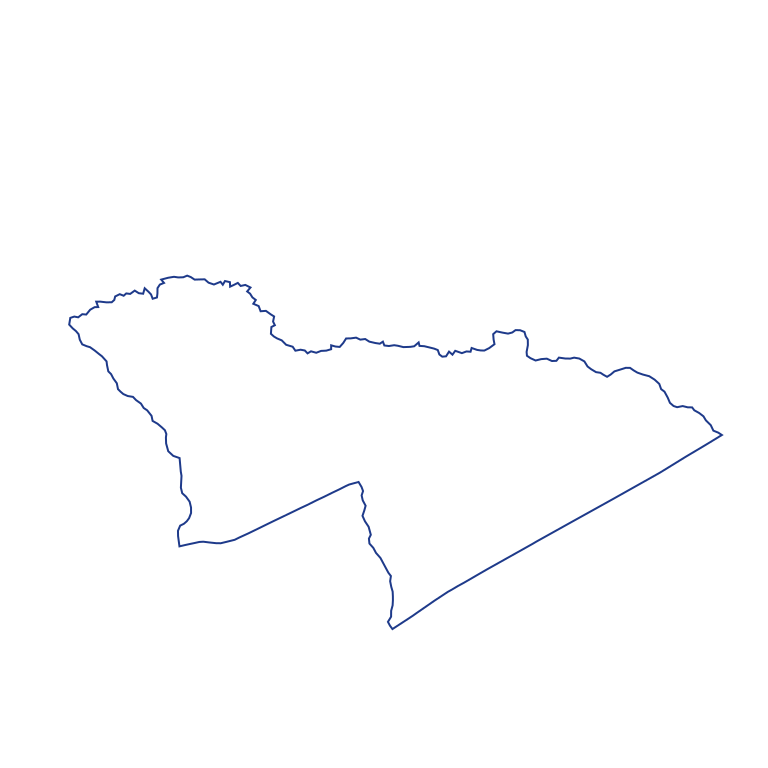 Glória D'Oeste, Mato Grosso, Brazil, rotated 148°
{"feature_id": "56859067B39077637769127", "entity_name": "Glória D'Oeste", "entity_type": "district", "adm_level": 2, "iso_a3": "BRA", "parent_name": "Brazil", "parent_adm1": "Mato Grosso", "projection": "orthographic", "projection_center": [-58.306, -15.871], "detail": "fine", "context": "isolated", "style": "outline", "palette": "blue", "viewbox_px": 768, "rotation_deg": 148, "n_neighbors": 0, "source": "geoboundaries", "source_scale": "gbopen_adm2", "svg_char_len": 3886}
<svg xmlns="http://www.w3.org/2000/svg" viewBox="0 0 768 768"><g transform="rotate(148 384 384)"><path d="M643.5,354.7L638.2,352.9L632.9,351.0L629.1,349.6L624.3,347.9L620.8,346.0L616.0,342.1L610.9,338.1L606.9,335.5L601.2,333.6L593.2,331.0L588.1,330.5L578.2,329.2L570.7,328.4L564.0,327.7L556.2,326.9L549.6,326.2L538.9,325.0L529.0,323.9L520.5,323.0L513.3,322.1L502.8,321.1L494.5,320.1L485.4,319.2L477.6,318.3L470.7,317.7L466.8,317.2L457.5,314.4L457.6,308.6L458.5,304.3L462.0,301.4L463.7,296.6L464.1,290.5L467.6,287.3L472.1,283.6L472.9,277.7L472.7,271.1L473.8,267.4L475.1,263.1L478.7,260.9L480.9,256.4L479.9,250.7L480.3,245.0L479.2,238.4L479.6,232.5L479.9,227.9L480.3,221.6L479.9,217.5L483.3,213.5L485.3,208.2L486.7,203.3L489.0,199.2L491.1,195.8L494.0,191.7L498.1,187.9L501.3,182.9L506.7,180.2L507.0,175.9L506.7,171.7L482.5,172.2L477.4,172.5L456.2,173.5L440.0,173.9L436.2,173.7L428.1,173.5L421.6,173.1L403.4,172.5L395.0,172.2L346.9,169.9L342.7,169.7L338.4,169.6L298.7,167.6L250.6,165.1L197.2,162.6L166.6,162.4L143.5,161.9L124.5,161.7L126.3,165.6L129.4,169.9L128.7,175.9L130.3,182.6L130.2,187.3L132.1,192.4L134.8,197.3L135.1,200.9L138.7,203.2L142.4,207.0L147.7,209.0L150.1,211.9L151.5,216.5L150.6,222.1L150.2,228.9L151.7,232.8L150.5,238.2L152.2,244.3L154.9,250.0L159.5,254.9L163.1,259.4L165.1,263.3L166.8,267.3L170.4,269.6L175.5,270.9L181.9,272.6L186.7,271.9L191.0,271.9L193.0,275.5L194.5,278.8L197.9,281.7L200.5,286.8L202.1,291.0L202.1,297.0L204.9,302.1L208.8,305.6L212.5,306.8L216.7,309.5L221.7,313.7L225.5,312.3L229.4,314.5L232.5,319.2L237.5,321.8L243.0,323.6L246.1,328.3L247.8,332.2L246.1,335.6L241.4,340.7L238.5,345.5L238.6,349.2L237.3,353.7L240.1,357.5L243.9,360.0L247.9,359.7L252.1,361.0L256.3,364.8L260.7,369.1L265.0,368.4L267.5,363.6L269.2,359.2L275.8,358.7L281.2,359.2L284.2,361.2L287.0,363.6L290.6,368.1L293.5,365.5L296.8,367.9L301.6,368.9L306.0,374.4L310.4,372.6L311.7,377.0L316.7,374.6L320.1,376.3L321.4,379.7L320.4,384.3L322.7,387.4L325.4,390.2L329.8,394.7L333.7,397.5L332.6,400.9L338.4,400.0L341.9,401.5L348.0,405.0L352.0,409.1L354.8,411.5L359.7,413.6L363.3,416.5L362.5,420.5L366.2,420.4L369.6,423.3L374.0,427.7L376.1,432.1L380.6,434.2L383.1,438.1L388.2,440.4L392.0,442.7L396.8,440.4L401.9,438.9L405.3,441.5L408.3,444.8L410.4,441.5L415.3,442.9L419.8,445.4L424.9,446.4L428.6,450.4L432.6,450.5L433.4,454.4L436.6,457.3L441.5,459.2L441.7,464.0L446.2,469.1L447.6,475.2L450.5,479.3L452.2,482.6L453.3,486.5L449.3,492.0L445.4,491.7L445.0,495.7L441.4,499.5L443.1,503.0L445.4,508.6L450.1,511.1L449.0,516.5L452.3,521.3L448.2,523.2L449.7,527.2L449.7,531.6L451.0,535.0L446.1,536.6L449.1,541.5L453.6,543.1L454.4,547.2L459.0,547.6L462.9,548.1L460.7,552.0L464.3,555.6L468.1,553.6L468.5,557.3L475.5,558.5L479.1,562.9L480.6,567.8L485.0,570.4L489.3,572.9L491.2,577.1L493.5,580.2L497.7,580.9L502.0,583.4L505.3,586.2L510.8,588.5L517.6,590.6L517.0,586.3L521.4,587.1L525.3,585.3L528.2,580.8L530.7,577.7L535.0,578.9L534.1,583.4L534.8,586.9L536.2,592.0L540.4,588.2L543.8,590.9L545.9,595.3L551.5,594.9L554.6,597.4L558.0,596.8L560.5,600.2L565.6,600.7L568.2,598.2L571.6,597.6L576.2,600.4L581.1,604.3L584.4,606.3L585.6,600.7L588.7,602.5L593.8,602.7L599.7,600.7L602.9,603.1L608.0,602.6L610.9,605.3L615.0,606.3L619.5,601.2L618.5,596.1L617.2,592.1L616.6,588.1L618.5,582.8L618.9,577.5L616.1,573.6L613.8,571.0L611.6,565.7L609.8,560.5L608.5,557.0L607.3,550.2L608.9,546.8L611.1,540.8L610.2,537.0L610.6,532.1L610.2,526.2L612.3,520.6L611.5,517.1L610.4,513.6L607.7,509.6L603.7,506.1L602.8,501.7L600.5,496.2L600.5,491.0L598.8,487.2L598.0,480.2L599.8,475.3L597.1,470.3L595.4,465.0L594.3,460.9L595.1,456.9L597.3,454.2L600.3,449.0L602.6,441.3L600.8,434.7L596.6,429.5L602.7,417.5L604.4,413.4L607.0,409.7L611.2,403.7L613.0,398.3L611.6,393.4L611.2,387.2L613.1,381.5L616.0,376.8L620.4,373.5L624.0,372.1L627.8,371.5L631.9,371.9L636.5,368.7L639.2,364.2L643.5,354.7Z" fill="none" stroke="#1e3a8a" stroke-width="2"/></g></svg>